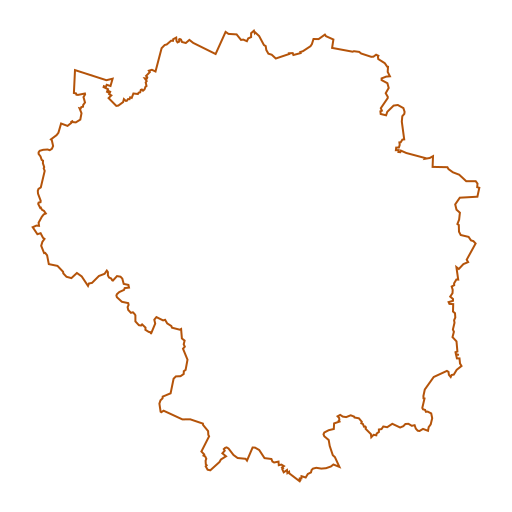 outline of Jerez, Zacatecas, Mexico
{"feature_id": "50627088B51147239881663", "entity_name": "Jerez", "entity_type": "district", "adm_level": 2, "iso_a3": "MEX", "parent_name": "Mexico", "parent_adm1": "Zacatecas", "projection": "robinson", "projection_center": [-103.004, 22.71], "detail": "fine", "context": "isolated", "style": "outline", "palette": "amber", "viewbox_px": 512, "rotation_deg": 0, "n_neighbors": 0, "source": "geoboundaries", "source_scale": "gbopen_adm2", "svg_char_len": 5922}
<svg xmlns="http://www.w3.org/2000/svg" viewBox="0 0 512 512"><path d="M401.8,121.6L402.3,116.2L404.3,113.9L404.6,111.9L403.4,108.1L397.8,105.0L393.6,105.6L387.3,111.8L386.1,115.3L380.7,114.0L380.4,111.3L381.9,110.7L380.8,108.2L387.7,98.1L387.8,96.9L385.7,93.2L388.7,88.0L387.4,83.2L381.6,80.1L381.6,78.4L386.2,76.6L389.9,76.3L387.7,71.9L388.0,66.8L387.2,66.7L384.8,63.2L378.3,59.1L377.9,56.9L378.4,55.8L376.1,54.7L373.4,56.7L371.2,56.8L361.1,53.5L359.2,51.9L353.9,51.2L352.6,51.7L332.1,47.9L333.4,39.5L326.0,36.2L324.9,34.6L318.6,39.1L313.5,39.0L311.9,44.1L310.5,46.2L302.9,51.2L300.3,52.0L300.6,53.1L293.4,55.0L292.7,53.1L289.0,53.3L289.2,54.0L275.8,58.5L271.7,54.7L268.4,53.7L266.3,50.0L265.7,46.1L263.9,45.0L259.1,36.0L255.1,32.3L254.7,33.0L253.9,30.7L251.1,33.2L251.1,37.1L248.2,38.4L246.9,41.2L243.3,39.6L241.0,39.9L236.6,34.4L228.5,33.9L225.6,31.9L215.6,54.0L193.2,42.9L189.4,39.9L185.8,43.0L182.0,42.0L181.0,39.6L179.8,39.0L179.1,39.4L179.2,41.6L177.5,42.4L176.5,40.9L176.2,37.6L173.2,39.2L173.0,40.8L171.1,40.7L166.7,44.5L164.7,45.0L161.6,48.2L155.5,71.5L151.9,69.8L148.9,70.7L149.8,72.1L146.1,75.9L147.3,77.3L146.9,78.5L144.7,78.3L146.7,81.1L145.7,82.4L146.5,86.0L145.5,86.7L144.5,89.4L143.0,90.7L141.9,89.5L140.8,89.9L140.2,92.3L138.6,92.7L137.9,94.0L133.4,93.5L131.7,97.9L130.2,97.3L129.5,99.2L128.0,99.1L126.8,100.8L125.8,100.9L123.9,99.1L123.1,102.1L118.3,105.6L116.3,105.9L108.6,98.1L111.3,95.4L109.2,94.2L110.2,91.8L109.2,91.3L108.6,92.6L107.0,91.8L108.0,89.2L103.6,87.1L103.9,86.2L105.8,87.0L106.7,84.8L110.5,86.0L112.6,78.7L106.4,80.2L75.0,70.1L73.9,93.0L76.0,93.4L76.4,94.7L78.0,94.9L84.9,93.5L85.1,94.4L83.5,97.1L85.0,102.5L83.2,104.9L83.0,106.7L81.3,107.1L80.6,108.6L79.5,108.3L81.5,113.2L80.3,119.6L75.8,122.4L72.9,122.1L72.3,121.2L71.2,121.9L71.2,123.0L67.5,125.9L61.1,123.5L58.4,132.8L56.6,135.1L50.9,139.4L51.8,140.2L53.1,146.0L51.9,148.8L49.7,150.2L47.6,149.5L43.2,149.8L39.7,150.8L38.6,152.3L38.6,153.9L40.5,156.4L41.7,159.9L43.0,160.7L42.9,163.3L44.2,167.1L43.7,168.3L44.7,170.9L40.8,187.4L38.5,188.9L37.8,190.8L38.0,193.6L40.7,200.8L40.5,202.2L38.6,202.6L38.2,203.9L40.2,207.9L40.8,207.6L41.9,209.7L44.0,210.9L45.8,213.5L43.7,214.4L41.8,216.8L38.6,222.7L39.0,225.8L36.4,225.6L32.7,227.2L37.4,234.2L40.6,233.2L43.0,237.8L44.5,238.9L42.4,241.8L41.2,245.8L44.1,253.1L45.2,252.9L47.1,255.3L48.8,264.1L57.5,265.9L63.1,271.8L63.3,273.4L66.5,276.8L71.4,278.1L76.9,273.0L81.7,276.4L88.0,285.9L88.9,283.5L92.0,282.9L98.9,276.0L104.6,273.8L106.8,270.6L107.9,272.1L107.9,275.4L109.0,277.5L111.2,278.5L112.2,280.3L112.9,280.6L117.0,276.1L120.5,276.7L122.3,278.6L123.7,283.9L128.4,284.9L129.0,287.6L124.7,288.1L124.0,289.9L119.2,292.1L116.9,294.2L116.4,295.5L116.9,297.2L121.9,301.8L128.2,303.1L128.6,304.9L127.6,307.1L128.2,309.9L130.9,312.8L132.9,312.3L134.4,313.8L135.4,315.3L135.4,321.4L138.9,325.2L141.1,325.5L142.1,324.4L145.5,327.6L145.4,329.8L148.7,331.9L150.7,332.2L150.9,334.0L155.2,323.6L154.3,319.7L156.4,317.1L163.1,320.4L165.1,319.8L167.2,323.4L171.3,326.0L172.0,327.7L179.8,329.7L181.1,329.0L181.9,338.5L184.6,340.6L183.7,344.3L184.8,346.7L183.0,348.7L187.5,359.7L185.6,369.9L183.8,371.2L183.7,374.0L180.5,376.2L175.9,376.4L173.6,378.7L170.6,393.3L162.7,396.6L162.5,398.4L160.5,400.3L159.4,403.6L160.6,411.7L161.3,412.2L163.6,410.7L182.4,419.4L190.2,419.3L202.9,423.6L203.1,425.0L208.1,431.1L208.3,434.8L209.1,436.3L201.4,451.5L204.2,454.4L203.5,455.6L205.2,456.4L206.3,458.8L205.6,460.7L205.8,464.2L206.7,465.3L205.7,466.3L207.6,469.7L210.3,470.3L219.5,462.0L220.9,459.5L226.0,456.3L222.4,453.3L224.7,450.7L223.8,449.1L225.1,447.9L226.6,447.4L228.5,448.5L233.5,455.0L237.6,458.0L245.6,458.8L247.0,460.6L252.6,447.5L255.0,447.6L259.2,450.0L264.5,458.1L271.4,459.0L272.4,461.5L274.1,462.5L278.5,461.6L278.8,465.2L281.4,464.6L283.9,466.1L282.1,467.4L283.0,468.3L282.2,469.0L283.7,472.3L287.0,470.0L287.4,473.1L289.1,471.8L289.3,473.4L299.7,481.3L300.3,480.3L299.4,479.8L299.7,478.4L301.4,478.4L301.5,476.2L305.7,477.5L307.8,474.0L311.0,472.4L311.6,470.0L313.0,468.6L316.3,467.8L321.3,468.6L326.0,468.2L330.9,466.5L333.4,464.5L339.4,466.9L334.9,457.1L332.8,455.2L329.7,445.9L328.7,440.0L324.3,436.3L323.5,434.3L324.3,432.5L328.7,430.2L333.8,429.0L334.1,423.4L339.4,421.6L338.7,420.8L339.4,419.9L339.1,417.9L337.6,416.3L340.2,414.9L342.8,416.6L346.2,417.1L350.7,415.3L354.1,416.6L354.5,417.5L358.9,418.3L361.8,421.8L361.3,423.3L362.9,424.0L364.0,426.7L365.2,426.5L365.9,427.3L365.6,428.8L370.9,434.1L371.3,437.2L373.6,434.8L376.3,435.3L376.7,433.5L378.9,432.0L378.9,429.5L381.5,429.1L383.3,426.5L387.2,427.2L392.3,423.8L400.1,427.5L403.3,426.2L405.4,424.0L408.4,423.8L411.8,425.8L414.6,425.2L415.8,428.6L417.7,430.7L419.5,431.0L423.0,428.9L428.0,430.8L428.7,427.1L430.7,424.4L432.2,418.2L431.2,413.4L427.6,411.6L425.9,411.8L425.1,409.9L423.0,409.3L422.3,407.9L424.5,398.5L423.5,398.3L423.4,396.0L424.8,389.5L433.7,377.0L446.9,370.9L448.5,371.9L448.9,374.8L450.7,377.0L451.6,375.0L453.8,374.6L456.7,369.8L461.5,366.0L460.0,363.5L459.5,358.4L456.9,358.4L456.0,354.5L458.9,354.9L455.9,354.1L455.5,352.2L457.4,351.5L456.5,341.4L452.5,337.1L453.9,331.8L452.9,329.5L454.5,322.8L454.1,320.2L455.3,317.5L455.0,313.2L453.0,311.5L453.2,304.1L449.4,303.9L448.6,302.1L453.0,300.8L453.0,299.0L450.2,296.6L452.5,293.2L452.7,289.9L451.7,286.5L454.2,285.2L454.1,283.3L456.4,279.5L458.2,279.6L456.4,267.1L458.8,269.0L463.4,264.1L468.1,262.1L466.7,259.7L475.6,243.5L473.4,241.1L471.0,240.4L468.6,236.9L460.7,235.0L459.0,231.7L458.8,225.0L457.4,224.0L459.1,219.7L459.9,212.7L456.5,209.7L455.2,204.4L459.8,197.7L477.4,196.7L479.3,187.8L477.2,187.2L477.5,183.6L475.7,181.2L466.2,181.2L459.2,174.7L452.9,172.3L448.5,169.1L447.4,167.2L432.6,166.9L433.0,156.2L429.7,158.0L424.9,158.8L425.4,158.1L406.3,153.0L400.9,150.6L400.3,152.2L398.4,152.0L398.6,150.1L395.9,150.2L396.2,147.6L398.9,147.5L399.7,144.9L399.4,142.4L400.7,142.3L402.4,139.6L404.2,139.4L401.8,121.6Z" fill="none" stroke="#b45309" stroke-width="2"/></svg>